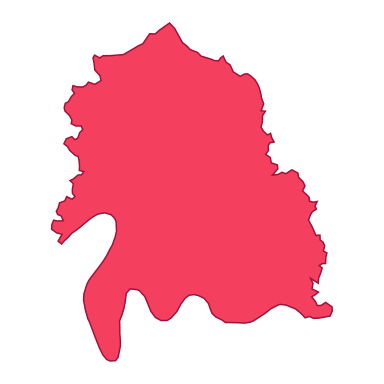 Serranópolis do Iguaçu, Paraná, Brazil
{"feature_id": "56859067B67809594674729", "entity_name": "Serranópolis do Iguaçu", "entity_type": "district", "adm_level": 2, "iso_a3": "BRA", "parent_name": "Brazil", "parent_adm1": "Paraná", "projection": "mercator", "projection_center": [-54.035, -25.477], "detail": "fine", "context": "isolated", "style": "filled", "palette": "rose", "viewbox_px": 384, "rotation_deg": 0, "n_neighbors": 0, "source": "geoboundaries", "source_scale": "gbopen_adm2", "svg_char_len": 3101}
<svg xmlns="http://www.w3.org/2000/svg" viewBox="0 0 384 384"><path d="M305.1,317.8L309.8,316.5L313.5,318.4L318.7,318.1L330.0,316.1L332.3,311.0L332.0,306.8L325.6,302.4L321.1,305.4L317.3,305.5L315.5,301.6L311.7,296.8L315.7,294.4L318.5,292.1L312.0,288.8L313.0,283.6L310.6,278.4L318.2,283.2L318.7,277.9L320.7,273.0L322.2,268.0L319.2,265.6L322.0,263.7L325.6,263.5L325.8,257.6L326.9,252.9L323.4,251.1L324.7,245.7L323.0,242.1L320.1,239.9L320.0,235.1L315.8,235.4L314.2,231.4L312.0,226.5L308.5,220.1L310.3,215.2L312.3,211.7L316.4,209.1L315.0,205.9L317.2,201.5L313.5,202.2L309.5,201.2L309.2,197.5L306.8,194.8L302.6,191.0L305.0,185.8L302.9,181.6L298.6,177.3L297.9,173.0L291.9,169.8L285.8,173.7L282.0,172.3L277.8,174.5L272.4,175.1L277.8,169.0L277.4,164.9L271.2,162.8L270.4,157.6L265.7,154.3L268.5,150.4L268.1,145.9L269.9,142.8L274.1,142.0L271.6,137.5L270.6,133.4L267.4,134.9L263.4,131.1L261.0,127.2L262.4,121.8L262.5,115.7L265.4,111.2L261.1,110.8L263.7,103.8L261.5,98.0L260.6,92.6L259.2,87.8L257.5,83.9L255.1,80.0L250.8,76.0L247.7,73.9L244.5,74.0L240.2,76.3L233.3,71.9L230.2,65.1L225.9,62.0L223.2,56.0L220.6,57.9L218.5,60.9L214.1,60.5L211.2,59.2L201.1,56.1L197.3,52.3L190.2,49.6L186.7,45.9L182.4,42.5L174.6,28.4L169.5,23.0L165.9,25.6L159.8,29.9L155.1,34.0L149.7,33.7L142.8,43.8L138.1,45.9L133.2,48.9L123.4,54.6L109.5,55.7L103.2,55.7L99.7,57.9L94.6,55.1L93.0,57.9L94.0,62.6L94.8,70.0L100.0,75.8L101.0,80.5L98.3,82.2L94.8,84.3L88.4,82.1L86.1,85.2L82.9,87.0L77.2,86.9L73.0,85.6L72.1,90.0L74.6,93.3L71.5,96.4L68.2,101.9L65.3,103.2L64.2,107.5L64.8,110.8L67.4,113.4L69.7,115.8L71.9,120.1L71.2,123.7L75.8,126.0L81.2,126.0L82.7,129.6L79.7,132.6L77.7,138.3L74.7,139.6L71.9,136.6L66.3,138.8L63.9,143.8L67.4,146.4L69.7,150.4L75.2,155.4L78.2,156.5L79.1,160.8L79.5,165.8L79.3,170.5L83.8,171.6L81.4,174.9L78.0,175.0L73.6,178.8L70.0,180.6L73.3,183.6L72.3,189.7L72.5,193.5L75.0,196.5L72.1,199.2L66.7,196.6L64.8,200.9L59.6,202.8L58.2,207.8L56.3,211.3L57.7,214.5L61.1,215.9L63.3,220.8L57.4,221.0L53.6,220.2L51.8,224.9L51.7,229.3L56.7,232.9L62.1,234.3L59.9,237.9L58.1,241.2L61.6,244.0L63.8,241.4L68.5,236.9L71.8,233.2L77.2,229.5L82.2,225.4L86.9,221.4L91.8,217.6L97.8,214.1L104.8,212.8L110.9,214.6L114.6,218.2L116.1,221.7L116.5,231.1L115.3,236.6L113.6,241.4L112.4,244.8L109.6,249.8L106.5,255.9L103.1,261.3L99.0,266.9L96.5,270.2L91.9,276.1L89.1,280.0L87.2,283.6L85.9,287.3L83.9,294.0L83.6,300.3L85.3,309.6L87.8,318.6L89.6,322.3L94.5,335.3L97.8,343.9L99.5,348.0L102.9,354.9L106.7,359.5L110.2,361.0L115.5,360.7L118.2,357.2L119.1,352.4L120.4,345.9L120.4,340.9L119.8,333.3L119.8,327.1L119.6,321.0L122.3,313.9L124.0,308.0L125.1,302.4L125.7,297.9L126.3,293.3L130.0,289.0L136.3,289.5L139.3,290.5L144.8,296.6L148.5,305.4L151.0,311.5L155.5,317.5L160.9,320.5L167.2,320.5L171.0,318.1L176.8,311.7L180.8,304.2L185.0,298.4L189.2,295.2L194.1,294.6L198.8,295.7L204.2,298.4L208.5,303.5L209.8,307.6L212.1,313.4L216.0,317.1L221.5,319.7L225.5,322.5L237.4,322.7L244.5,323.1L249.8,322.3L253.6,320.8L265.0,313.4L270.7,308.9L277.1,305.5L280.0,304.4L285.8,305.0L295.5,308.9L301.3,313.6L305.1,317.8Z" fill="#f43f5e" stroke="#9f1239" stroke-width="1.5"/></svg>